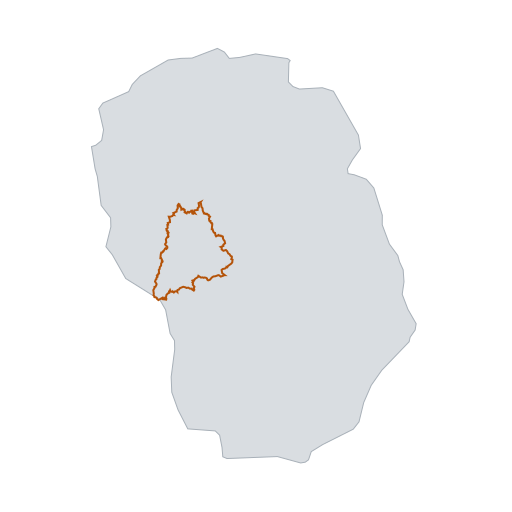 Prilep, Prilep, North Macedonia (highlighted), rotated 84°
{"feature_id": "65306769B638558710054", "entity_name": "Prilep", "entity_type": "district", "adm_level": 2, "iso_a3": "MKD", "parent_name": "North Macedonia", "parent_adm1": "Prilep", "projection": "robinson", "projection_center": [21.661, 41.283], "detail": "fine", "context": "in_parent", "style": "outline", "palette": "amber", "viewbox_px": 512, "rotation_deg": 84, "n_neighbors": 0, "source": "geoboundaries", "source_scale": "gbopen_adm2", "svg_char_len": 4239}
<svg xmlns="http://www.w3.org/2000/svg" viewBox="0 0 512 512"><g transform="rotate(84 256 256)"><path d="M229.1,126.2L238.2,127.2L258.1,122.1L270.4,114.9L276.7,113.9L285.1,111.1L297.1,111.5L309.4,114.6L324.9,110.5L340.1,103.8L346.3,105.5L352.9,111.2L357.3,112.7L382.7,142.8L396.6,154.9L413.0,164.2L431.7,170.9L438.4,177.4L450.5,209.4L456.3,221.5L464.2,225.1L466.2,228.6L466.5,233.2L457.7,255.7L454.4,306.0L452.2,310.0L442.9,309.8L430.4,310.9L425.7,314.8L420.8,341.9L400.9,349.6L382.7,354.0L367.4,353.0L340.4,346.6L331.6,345.9L324.1,349.5L300.1,351.5L289.6,356.2L264.8,387.9L239.7,398.8L231.1,404.3L211.9,397.3L202.8,396.6L189.5,404.7L160.3,405.5L152.5,406.9L130.0,408.2L129.1,403.8L124.9,397.4L114.5,394.4L93.1,397.0L87.9,392.3L79.2,365.4L72.4,361.1L64.7,352.1L51.9,322.9L51.6,310.1L52.5,298.9L45.5,272.7L49.9,266.1L56.7,261.9L56.8,251.4L55.0,235.3L63.0,203.9L65.2,201.6L67.2,203.1L86.3,205.6L91.3,201.6L94.5,195.4L95.6,172.4L100.2,161.8L146.5,141.5L160.1,140.8L170.5,150.1L178.8,156.0L183.7,155.8L185.5,149.8L191.2,138.3L200.7,131.7L228.8,126.1L229.1,126.2Z" fill="#d9dde1" stroke="#a8b0b8" stroke-width="1"/><path d="M264.2,285.7L263.0,284.9L261.0,281.4L259.9,280.3L257.2,279.7L256.5,280.9L255.1,280.2L254.0,280.1L253.2,281.3L251.5,282.1L250.5,283.4L248.2,284.2L246.9,285.3L247.4,287.9L245.8,289.5L244.0,289.2L243.3,290.1L242.6,287.4L241.3,287.3L240.1,285.4L237.7,285.7L236.5,286.5L235.2,287.0L233.4,286.9L232.9,287.2L232.7,288.6L232.0,288.9L232.0,290.6L231.2,291.0L232.3,293.6L231.3,294.1L228.8,294.3L228.7,295.0L227.4,295.9L224.8,296.4L224.7,297.2L219.6,296.1L219.0,296.8L218.3,296.6L217.7,297.8L217.9,297.3L216.7,298.3L216.3,297.9L215.8,298.8L213.9,298.9L212.0,297.6L211.2,298.8L210.1,298.8L209.3,300.6L208.9,300.5L208.7,301.4L209.0,301.5L208.3,303.3L207.7,303.1L207.3,303.6L205.3,304.2L202.9,304.2L201.5,305.1L198.0,305.3L197.0,305.7L196.5,305.3L197.4,307.6L200.0,307.4L201.7,307.9L202.3,309.0L204.1,309.2L204.2,312.6L205.4,313.1L207.2,312.2L206.9,312.8L207.5,314.0L207.1,314.9L204.2,314.9L204.2,315.6L205.1,315.6L205.2,317.5L205.9,318.1L204.9,319.1L205.1,319.6L206.4,320.5L205.1,322.4L204.2,321.9L203.2,322.5L202.5,322.2L201.6,323.2L202.0,323.8L202.0,324.5L201.7,324.5L202.1,325.4L200.1,325.4L198.2,326.3L198.4,326.7L196.6,326.8L196.5,327.3L196.2,327.6L197.5,328.7L200.4,328.8L202.0,330.1L203.5,330.3L204.6,333.7L205.4,333.2L206.2,333.9L206.6,333.6L206.5,334.0L207.5,335.0L208.0,337.3L207.8,338.6L211.1,337.9L213.4,338.0L213.9,340.3L215.7,340.1L215.8,340.9L218.7,340.9L219.6,341.6L219.7,342.3L221.3,342.2L222.0,341.8L222.0,341.3L223.4,341.3L223.3,340.7L223.7,340.5L224.2,341.6L226.0,341.0L227.1,341.6L227.5,341.1L228.0,341.4L228.3,342.7L230.1,343.9L233.1,343.8L234.7,345.2L236.0,344.7L237.3,343.3L238.6,343.3L239.6,344.3L238.8,345.1L239.1,345.6L241.9,347.7L241.7,348.2L242.8,349.0L242.7,349.9L244.2,350.5L248.1,351.3L248.1,350.6L251.5,349.4L251.7,349.5L251.1,350.2L252.7,350.4L253.4,351.1L255.6,351.4L257.0,352.8L258.9,353.2L259.6,354.1L263.0,354.2L263.2,354.9L264.1,355.0L264.4,356.0L265.4,356.0L265.5,356.6L266.6,356.3L267.4,357.3L268.6,357.5L269.0,358.2L270.9,359.1L273.1,357.9L274.1,357.9L276.1,359.2L276.1,360.2L277.4,360.4L279.2,361.7L282.8,361.6L284.4,362.0L285.3,361.3L286.3,361.3L286.6,360.3L286.8,359.6L287.2,359.1L287.7,359.1L288.3,358.9L289.3,357.9L289.6,357.7L287.6,353.1L288.4,352.8L289.2,353.2L289.5,351.9L288.5,351.4L289.2,350.9L289.0,350.4L289.9,350.3L290.0,349.9L289.1,349.6L287.8,349.9L285.3,349.1L284.0,347.6L283.5,346.1L282.1,346.2L281.9,345.5L281.0,345.0L282.5,344.5L283.0,342.6L282.6,342.4L283.7,341.5L282.7,340.2L282.8,338.6L283.5,338.0L282.3,338.0L281.6,337.6L281.3,336.1L280.1,335.2L279.0,331.6L279.9,329.2L280.5,328.6L280.4,326.6L281.6,325.1L281.7,323.4L282.6,323.1L283.9,321.5L283.2,320.9L281.4,321.2L280.2,320.4L278.0,321.9L276.4,321.4L275.7,322.0L275.0,321.3L273.8,321.8L273.5,320.4L273.9,320.2L272.3,318.9L270.9,316.0L269.7,315.4L271.7,313.0L271.7,311.2L272.2,310.4L272.0,309.3L272.5,307.9L273.3,307.0L274.2,307.0L275.0,306.5L275.2,305.9L274.8,304.3L272.8,302.2L271.9,300.5L271.9,298.6L271.1,295.5L271.4,294.6L272.8,293.2L272.1,290.3L271.7,290.0L271.8,289.0L269.5,291.4L266.3,291.7L265.5,290.6L265.2,288.1L264.3,286.7L263.7,286.5L264.2,285.7Z" fill="none" stroke="#b45309" stroke-width="2"/></g></svg>